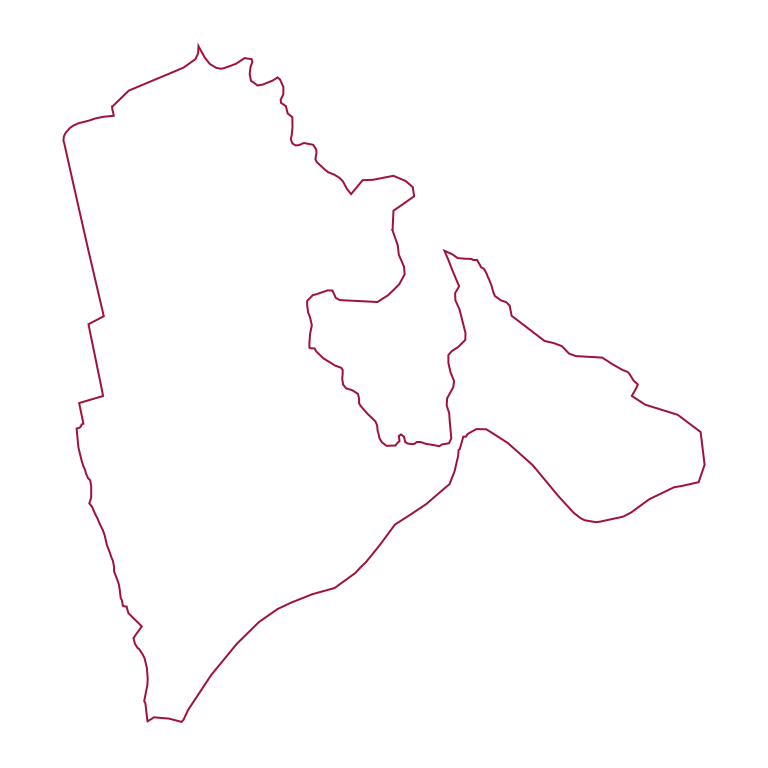 Bangui, Bangui, Central African Republic
{"feature_id": "33826404B58165985423079", "entity_name": "Bangui", "entity_type": "district", "adm_level": 2, "iso_a3": "CAF", "parent_name": "Central African Republic", "parent_adm1": "Bangui", "projection": "natural_earth1", "projection_center": [18.572, 4.378], "detail": "fine", "context": "isolated", "style": "outline", "palette": "rose", "viewbox_px": 768, "rotation_deg": 0, "n_neighbors": 0, "source": "geoboundaries", "source_scale": "gbopen_adm2", "svg_char_len": 4594}
<svg xmlns="http://www.w3.org/2000/svg" viewBox="0 0 768 768"><path d="M636.1,508.9L649.1,499.3L673.9,487.3L682.1,485.9L698.6,482.2L704.6,464.8L700.6,432.0L677.7,414.8L645.3,404.7L638.2,400.1L631.8,395.9L636.4,387.9L637.1,386.1L637.8,384.4L633.6,380.6L628.9,373.1L627.4,371.9L627.1,371.7L622.8,370.1L613.1,364.6L602.2,357.6L575.9,356.1L569.0,353.6L568.3,352.8L561.8,346.1L553.5,343.0L544.6,341.0L513.0,316.8L511.6,315.8L509.7,305.6L506.0,302.0L501.1,300.5L498.5,298.6L494.8,295.9L493.1,291.5L491.6,286.0L488.8,278.6L487.9,277.2L486.8,274.1L485.5,271.6L484.0,268.8L481.1,267.3L479.6,264.4L477.0,259.9L475.2,260.0L472.9,259.9L471.6,259.0L469.8,259.0L468.5,258.7L466.1,258.8L457.7,258.1L452.1,254.2L444.5,250.8L445.8,253.9L448.5,260.2L452.0,269.4L457.2,281.8L459.1,286.1L458.4,287.6L455.1,293.1L455.4,300.3L459.5,309.4L465.5,333.1L465.3,339.9L458.2,347.0L451.8,351.1L448.4,355.1L448.4,363.0L450.5,372.3L454.1,381.1L453.2,387.3L447.1,398.4L446.7,405.5L449.2,413.2L449.6,419.3L451.3,438.5L448.9,443.3L442.1,444.4L439.3,446.2L430.9,444.6L426.2,443.9L424.9,443.5L420.6,442.0L416.7,442.0L414.5,443.9L411.0,444.1L407.6,443.5L405.2,442.0L404.0,436.7L400.9,434.5L398.8,436.0L399.5,441.1L397.2,443.2L395.5,445.5L386.5,445.8L382.1,442.5L379.6,438.7L378.6,434.1L377.6,430.6L377.1,425.4L375.4,421.4L367.5,413.8L360.5,405.8L359.1,403.3L359.1,398.9L358.0,393.9L352.2,390.2L346.1,388.3L343.1,384.6L342.2,378.6L342.6,374.6L342.7,370.0L341.2,367.8L335.1,365.6L324.6,359.1L324.1,358.9L319.7,354.8L316.2,351.4L314.5,348.4L310.8,348.3L309.4,347.7L309.4,343.0L310.1,333.8L311.5,327.0L311.8,325.1L310.0,317.2L308.1,312.5L307.2,305.6L307.2,300.9L312.8,295.1L316.3,294.3L322.6,292.1L327.5,290.4L331.4,290.5L332.4,290.5L335.8,297.9L339.8,300.1L377.4,302.0L381.2,299.6L381.3,299.5L388.0,295.3L394.8,288.7L399.3,284.2L404.6,274.4L404.0,266.6L398.8,254.7L398.3,250.3L397.8,245.5L396.9,242.9L392.6,230.6L392.4,230.2L392.6,230.2L392.6,229.9L392.7,227.4L392.7,227.0L393.1,218.3L393.5,210.7L414.1,196.3L412.8,187.2L405.7,181.0L393.4,175.8L372.9,179.8L362.6,180.2L351.1,194.1L346.9,188.9L343.0,181.5L339.7,178.0L334.4,174.7L328.2,172.2L324.9,169.6L317.0,162.4L315.4,159.3L316.5,152.5L316.1,149.2L313.1,144.8L303.9,143.0L299.0,145.1L295.6,145.4L292.4,143.4L290.8,139.3L291.7,135.2L292.5,126.9L292.3,117.1L287.7,113.5L285.9,106.2L281.0,102.8L280.7,99.7L283.3,94.4L283.4,87.0L280.0,79.5L277.6,77.4L276.4,78.2L273.0,80.4L262.7,84.6L257.5,85.5L253.6,82.5L251.0,80.9L249.7,74.2L250.5,67.1L252.4,62.0L251.7,59.2L244.6,58.1L236.1,63.7L231.7,65.4L223.8,68.2L220.9,68.8L216.2,67.8L210.0,64.1L209.9,64.0L204.9,57.8L200.4,49.7L198.5,46.1L198.1,53.4L195.4,59.2L190.7,62.5L183.6,67.6L178.3,69.8L177.2,70.3L128.8,90.6L112.4,106.5L112.1,106.5L112.2,106.8L112.3,109.3L113.4,113.5L113.7,115.8L112.6,115.9L103.3,116.8L94.7,118.6L89.3,120.5L82.8,122.2L78.8,123.1L73.3,125.6L70.0,127.9L66.6,131.7L65.7,132.8L63.9,136.3L63.4,140.6L63.8,141.7L64.2,143.1L68.2,161.0L76.1,196.2L82.8,225.8L88.3,250.0L96.7,285.9L99.4,297.5L103.8,316.2L92.9,321.9L88.5,324.2L90.0,331.9L95.8,360.0L97.8,369.9L100.4,382.4L103.1,396.0L86.4,400.9L79.2,403.0L79.2,403.3L83.4,423.7L81.6,424.5L81.0,426.2L79.9,427.3L79.6,427.7L79.3,427.9L76.6,428.5L78.4,447.3L80.0,454.1L82.0,462.0L83.2,465.7L85.0,469.7L86.1,473.8L88.2,478.4L90.2,480.2L91.2,486.4L91.2,497.5L89.3,503.4L92.1,506.9L95.2,514.1L97.4,518.3L99.9,524.2L102.7,529.9L103.1,530.9L104.8,535.8L105.3,538.2L106.1,541.6L106.9,545.0L109.8,552.6L110.9,555.9L111.4,557.3L111.9,558.5L112.9,560.7L114.1,567.1L114.0,571.3L116.9,578.7L118.8,584.2L119.9,590.9L120.4,595.4L120.8,598.3L121.4,599.3L121.9,600.2L122.3,602.3L122.9,605.8L124.9,606.4L126.7,606.6L126.9,608.0L127.6,610.4L128.1,611.8L128.4,613.1L129.4,614.1L132.8,617.5L141.8,626.4L135.2,635.5L134.5,636.8L133.5,638.2L135.0,643.9L137.6,648.0L138.9,648.7L142.5,654.2L144.6,658.3L146.9,668.1L147.7,678.8L147.4,684.9L144.2,701.0L145.4,703.4L147.4,720.8L147.6,721.3L154.1,717.3L161.8,718.0L169.1,718.6L181.5,721.9L183.5,719.8L188.0,710.1L211.2,675.0L236.7,643.9L259.0,622.0L277.6,609.0L291.2,602.6L312.3,594.2L334.6,588.0L355.3,573.0L361.1,566.7L365.7,562.4L370.8,556.2L380.0,544.8L394.9,524.6L412.6,513.2L426.3,504.0L443.7,489.0L449.5,484.2L454.1,472.4L454.5,471.3L454.6,471.1L457.7,457.8L458.1,456.1L458.6,449.9L459.8,449.0L463.3,436.7L465.9,436.7L467.6,434.0L472.5,431.2L476.3,429.1L486.3,429.3L495.4,435.0L507.8,443.0L508.8,443.9L524.0,457.4L532.8,465.3L533.2,466.0L533.9,466.6L558.1,495.8L573.6,512.7L580.6,518.2L584.6,520.2L596.0,522.2L600.4,521.6L605.8,520.4L623.0,516.7L630.9,512.6L631.2,512.4L631.5,512.2L636.1,508.9Z" fill="none" stroke="#9f1239" stroke-width="2"/></svg>